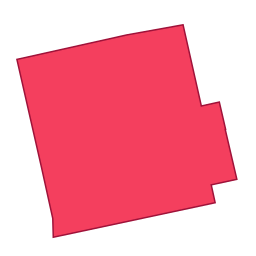 Bond, Illinois, United States of America, rotated 168°
{"feature_id": "52423323B7172097190343", "entity_name": "Bond", "entity_type": "district", "adm_level": 2, "iso_a3": "USA", "parent_name": "United States of America", "parent_adm1": "Illinois", "projection": "orthographic", "projection_center": [-89.477, 38.884], "detail": "fine", "context": "isolated", "style": "filled", "palette": "rose", "viewbox_px": 256, "rotation_deg": 168, "n_neighbors": 0, "source": "geoboundaries", "source_scale": "gbopen_adm2", "svg_char_len": 325}
<svg xmlns="http://www.w3.org/2000/svg" viewBox="0 0 256 256"><g transform="rotate(168 128 128)"><path d="M223.8,36.7L58.3,36.8L58.4,55.1L32.2,55.2L33.2,106.4L32.8,106.4L33.3,134.4L51.7,134.3L52.7,217.5L109.7,219.3L222.4,218.2L220.8,107.0L220.4,55.1L223.8,36.7Z" fill="#f43f5e" stroke="#9f1239" stroke-width="1.5"/></g></svg>